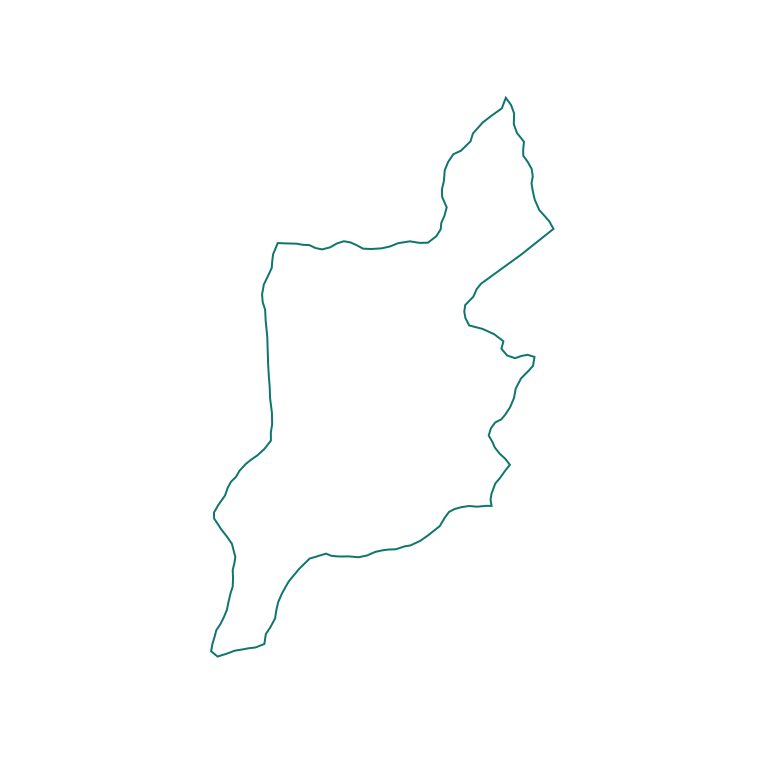 the district of Mirassol, São Paulo, Brazil, rotated 197°
{"feature_id": "56859067B42503050812047", "entity_name": "Mirassol", "entity_type": "district", "adm_level": 2, "iso_a3": "BRA", "parent_name": "Brazil", "parent_adm1": "São Paulo", "projection": "orthographic", "projection_center": [-49.504, -20.829], "detail": "fine", "context": "isolated", "style": "outline", "palette": "teal", "viewbox_px": 768, "rotation_deg": 197, "n_neighbors": 0, "source": "geoboundaries", "source_scale": "gbopen_adm2", "svg_char_len": 2448}
<svg xmlns="http://www.w3.org/2000/svg" viewBox="0 0 768 768"><g transform="rotate(197 384 384)"><path d="M516.6,490.4L526.8,487.7L528.0,475.7L526.8,468.9L525.3,462.2L526.5,453.5L528.0,444.0L526.8,434.1L524.0,426.9L519.4,420.3L515.7,410.0L512.6,402.6L509.2,394.4L500.9,369.9L496.5,358.0L492.5,347.9L488.7,336.9L485.4,329.6L482.6,323.3L479.2,312.8L478.0,304.4L475.6,296.8L479.4,286.9L484.1,278.9L488.8,273.0L492.8,267.1L496.8,258.8L498.4,251.9L501.7,245.9L503.1,239.0L503.4,231.0L507.1,219.8L509.0,211.3L507.1,205.6L502.1,201.6L497.2,197.4L489.8,192.3L482.7,186.7L478.9,180.5L475.6,175.1L474.7,169.1L474.3,161.9L471.5,153.9L469.4,145.8L469.6,139.5L469.0,130.5L468.2,121.8L469.0,114.0L470.2,106.8L472.4,99.4L472.1,93.1L472.1,85.5L471.2,77.9L463.5,74.7L455.4,80.2L449.0,85.2L442.1,88.6L436.0,91.8L429.8,94.5L422.4,100.4L423.9,110.4L421.7,117.6L419.6,127.9L420.8,135.9L421.4,144.6L420.4,153.4L418.9,160.6L417.4,167.2L415.0,173.1L411.1,182.4L407.8,188.5L404.1,195.3L398.6,198.9L389.9,204.8L384.0,204.3L376.9,205.8L367.0,208.9L357.6,210.9L350.0,215.1L343.4,220.8L337.6,224.1L331.1,227.1L324.4,229.4L316.9,234.7L311.6,237.3L303.5,244.6L298.0,251.6L293.7,257.8L289.1,264.5L286.9,273.6L284.4,280.7L280.1,285.0L273.7,289.0L267.0,292.2L259.1,293.9L251.0,297.2L245.5,298.9L248.3,304.5L249.1,310.5L248.5,321.3L245.5,328.3L243.0,335.9L240.0,343.5L246.1,347.9L252.9,351.1L259.5,355.7L263.5,360.4L268.8,365.3L268.8,372.9L266.5,379.6L261.5,384.5L259.1,390.1L256.6,398.8L255.6,408.7L256.7,418.0L254.6,429.4L249.5,439.1L246.8,445.0L248.0,453.9L255.2,453.9L260.4,451.2L266.3,447.0L274.6,447.3L282.0,452.0L282.3,459.8L293.1,463.8L305.9,465.5L319.7,464.9L325.5,471.0L328.4,476.7L329.4,483.3L324.1,493.6L323.1,501.8L320.6,508.2L290.4,548.2L267.3,581.9L273.4,587.8L280.5,592.2L286.4,595.8L293.8,604.4L298.5,612.7L301.6,619.0L302.4,625.9L305.6,632.8L311.5,638.4L317.6,643.1L319.4,648.7L321.0,656.6L330.2,662.9L335.8,670.3L338.7,680.8L344.1,688.0L351.2,693.3L351.9,682.1L359.8,671.8L366.1,662.9L368.9,656.7L372.2,649.6L372.2,641.4L375.4,635.5L378.7,629.5L384.9,624.0L387.6,615.0L388.4,606.1L386.1,595.8L385.5,587.3L383.1,579.9L375.7,571.3L375.4,562.4L376.3,554.8L375.0,548.5L377.2,540.6L383.3,532.0L391.0,529.4L401.0,528.0L411.8,522.7L418.6,517.2L426.0,513.0L435.6,509.4L443.6,507.3L451.0,508.8L457.2,509.6L464.1,508.8L470.2,504.6L475.5,498.9L482.6,494.6L489.4,494.0L495.9,495.0L502.3,493.4L508.8,492.6L516.6,490.4Z" fill="none" stroke="#0f766e" stroke-width="2"/></g></svg>